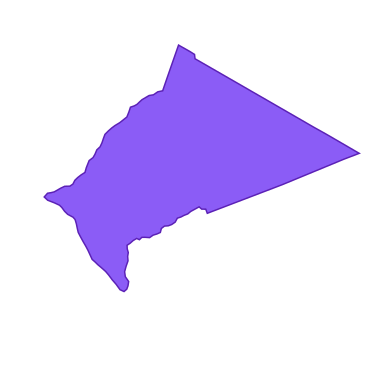 outline of Presidente Vargas, Maranhão, Brazil, rotated 30°
{"feature_id": "56859067B97950070830683", "entity_name": "Presidente Vargas", "entity_type": "district", "adm_level": 2, "iso_a3": "BRA", "parent_name": "Brazil", "parent_adm1": "Maranhão", "projection": "albers", "projection_center": [-44.012, -3.405], "detail": "fine", "context": "isolated", "style": "filled", "palette": "violet", "viewbox_px": 384, "rotation_deg": 30, "n_neighbors": 0, "source": "geoboundaries", "source_scale": "gbopen_adm2", "svg_char_len": 1467}
<svg xmlns="http://www.w3.org/2000/svg" viewBox="0 0 384 384"><g transform="rotate(30 192 192)"><path d="M125.4,71.6L120.7,71.4L106.9,71.5L113.3,105.2L116.0,119.0L112.3,122.3L110.0,127.1L106.6,129.9L102.6,136.9L101.5,140.3L100.6,143.5L99.0,146.2L96.3,149.3L97.3,154.1L98.1,159.6L94.7,168.2L92.1,172.9L90.5,176.6L89.1,180.7L87.8,185.6L88.5,189.8L89.4,194.2L89.8,198.8L88.5,203.1L89.1,207.9L89.1,211.7L87.2,216.2L88.3,223.7L89.5,228.6L87.5,232.4L85.8,236.6L84.7,240.4L84.9,244.7L83.3,248.0L78.9,250.7L76.4,254.3L72.6,260.8L70.3,263.0L67.5,265.3L66.5,270.2L71.2,271.3L78.2,270.2L83.9,269.7L87.0,270.5L91.3,272.4L95.5,273.5L101.6,273.3L104.5,274.3L107.7,277.3L110.8,280.8L113.7,283.9L117.3,286.2L122.7,289.5L127.4,292.2L131.2,294.6L134.3,296.8L139.2,300.3L143.2,301.1L146.6,302.0L151.1,302.8L156.9,304.0L161.4,305.6L166.7,307.9L172.5,309.9L178.5,312.6L182.9,312.2L184.1,308.8L183.5,305.3L181.9,301.2L176.6,298.7L173.5,294.7L172.1,289.4L171.0,283.6L168.5,280.0L167.1,276.3L164.4,273.7L162.4,270.6L164.0,267.4L165.3,263.5L167.3,259.9L170.3,259.6L171.2,256.4L173.8,254.8L178.1,252.7L179.9,248.8L182.7,245.8L184.8,242.9L183.7,238.9L185.2,235.3L188.4,233.1L190.7,230.3L192.5,226.5L192.4,222.0L194.9,219.2L196.8,216.2L199.3,213.1L200.6,209.5L203.4,204.9L205.6,201.3L208.9,202.0L212.5,200.0L215.9,202.8L266.6,140.4L307.1,87.7L317.5,74.9L314.2,74.9L279.3,74.8L265.1,75.0L257.8,75.0L215.5,75.0L128.0,75.1L125.4,71.6Z" fill="#8b5cf6" stroke="#5b21b6" stroke-width="1.5"/></g></svg>